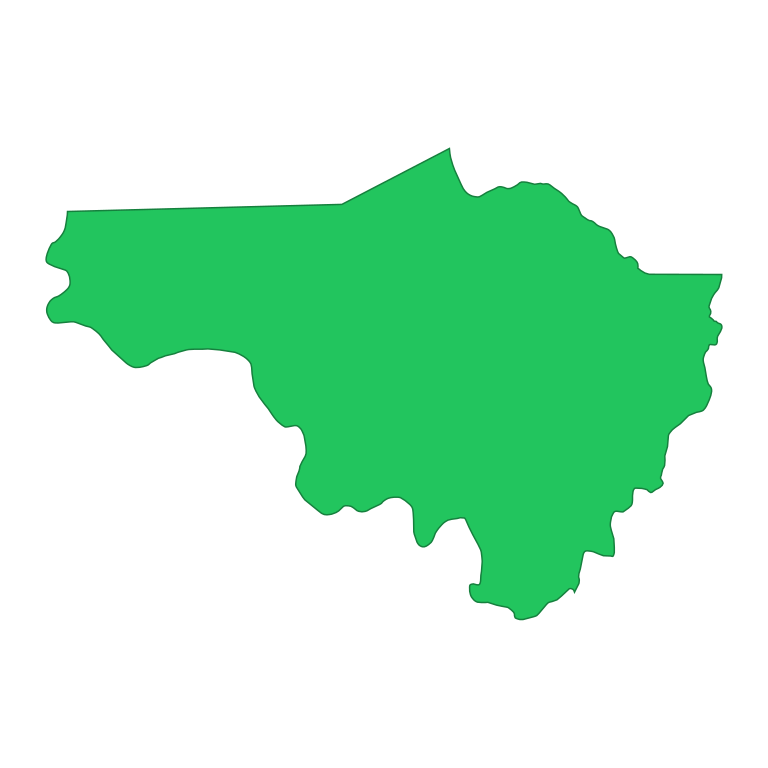 outline of Santa Rita, Yoro, Honduras
{"feature_id": "27666195B22106740094375", "entity_name": "Santa Rita", "entity_type": "district", "adm_level": 2, "iso_a3": "HND", "parent_name": "Honduras", "parent_adm1": "Yoro", "projection": "equal_earth", "projection_center": [-87.807, 15.185], "detail": "fine", "context": "isolated", "style": "filled", "palette": "green", "viewbox_px": 768, "rotation_deg": 0, "n_neighbors": 0, "source": "geoboundaries", "source_scale": "gbopen_adm2", "svg_char_len": 6068}
<svg xmlns="http://www.w3.org/2000/svg" viewBox="0 0 768 768"><path d="M111.8,350.0L126.1,362.9L127.8,364.2L129.9,365.5L132.3,366.7L134.2,367.3L135.7,367.5L139.5,367.3L143.2,366.6L146.7,365.6L148.4,364.8L150.5,362.9L158.3,358.3L161.3,357.4L165.4,355.8L174.7,353.6L177.9,352.3L186.5,349.9L188.8,349.5L194.3,349.2L202.1,349.2L207.9,348.9L219.7,349.9L235.0,352.3L239.2,354.0L243.7,356.5L246.3,358.4L248.6,360.6L250.0,362.3L251.0,364.1L251.7,367.6L252.1,373.7L254.0,386.2L254.5,387.8L256.0,391.2L259.2,396.9L264.7,404.3L268.3,408.7L271.8,414.0L273.9,417.0L276.2,419.9L277.8,421.6L282.0,425.1L284.8,426.8L285.7,427.0L287.9,426.8L294.3,425.6L296.3,425.6L297.6,426.0L299.2,427.2L301.0,429.1L301.9,430.6L303.2,433.5L303.9,435.1L304.2,436.3L305.9,446.0L306.2,450.2L306.1,453.5L305.2,456.3L302.0,461.9L299.9,466.4L299.7,468.3L299.0,471.1L297.2,475.5L296.7,476.9L296.0,481.1L295.7,484.2L295.9,485.8L296.5,487.2L302.6,496.9L304.8,499.8L317.2,509.9L321.4,513.2L322.8,513.9L324.2,514.5L326.9,514.8L329.6,514.5L331.8,514.1L336.1,512.5L338.7,510.9L343.2,506.6L344.2,506.0L345.5,505.7L348.3,505.8L351.0,506.3L353.5,507.8L357.0,510.6L358.7,511.3L361.9,511.8L365.1,511.4L367.0,510.8L370.8,508.6L379.8,504.4L381.5,503.3L382.7,501.8L384.3,500.5L386.3,499.2L388.2,498.3L390.8,497.6L394.2,497.2L398.2,497.2L400.4,497.6L405.1,500.5L410.0,504.6L411.2,506.0L412.2,507.5L412.8,509.4L413.2,512.9L413.6,519.6L413.8,531.8L414.3,534.2L417.0,542.1L417.7,543.3L418.7,544.7L419.8,545.6L421.2,546.4L422.6,546.8L424.3,546.8L426.3,546.1L428.6,544.6L431.1,542.4L432.3,540.6L433.8,537.3L435.3,533.2L437.0,530.5L438.7,528.2L441.7,524.8L443.5,523.0L445.4,521.6L448.0,520.1L451.8,519.2L457.1,518.5L460.3,517.7L464.5,518.0L465.1,518.6L465.8,519.8L469.0,527.1L472.9,534.9L478.0,544.3L480.7,549.9L481.3,552.1L481.9,557.0L482.2,560.9L482.2,562.0L481.5,571.3L480.9,575.3L480.6,581.0L480.3,582.5L480.0,583.5L479.6,584.2L479.1,584.6L478.6,584.9L476.9,584.8L473.3,583.9L471.2,584.3L470.4,584.7L470.0,585.1L469.7,585.9L469.6,587.3L469.7,591.3L470.5,594.8L471.3,596.7L472.6,598.5L474.3,600.4L475.8,601.4L477.3,602.1L481.3,602.5L485.5,602.5L487.8,602.3L496.5,605.1L502.1,606.3L507.1,607.2L508.3,607.6L511.5,610.1L513.7,612.3L514.4,613.9L514.5,615.7L514.8,616.9L515.4,618.0L517.2,618.8L519.8,619.5L523.1,619.5L533.7,616.7L535.8,616.0L536.8,615.5L539.0,613.3L546.5,604.4L548.0,602.9L549.3,602.2L552.2,601.5L557.0,599.8L561.5,596.0L569.2,588.8L569.9,588.6L571.1,588.6L572.9,589.3L573.8,590.3L574.5,592.2L578.7,583.9L579.0,583.1L579.3,580.2L579.2,579.2L578.6,577.0L578.9,573.7L580.3,569.0L583.2,554.4L583.9,552.6L584.9,551.4L585.8,551.0L587.1,550.8L590.9,551.2L593.3,551.7L598.8,554.0L603.4,555.7L610.7,556.0L612.4,556.4L613.0,556.2L613.7,554.9L614.3,552.6L614.3,547.4L613.8,538.7L611.3,530.3L610.5,527.0L610.3,525.5L610.3,523.9L610.5,522.0L611.5,516.8L613.2,513.3L614.1,512.0L614.7,511.6L615.6,511.3L616.7,511.2L620.7,511.8L622.6,511.9L623.2,511.8L628.3,508.2L631.1,505.7L631.9,504.2L632.3,502.4L632.5,500.0L632.5,495.7L633.0,491.6L633.4,490.2L634.4,488.5L635.1,488.2L636.0,488.1L641.8,488.4L644.7,489.0L647.1,489.7L648.7,491.3L650.6,492.5L651.9,492.3L655.7,489.5L658.3,488.3L660.0,487.3L662.2,485.3L663.1,483.2L662.5,481.6L660.6,478.6L660.6,476.8L661.3,475.3L661.7,473.0L662.7,469.1L663.9,467.2L664.6,465.4L665.0,460.1L664.8,455.9L667.5,446.5L668.4,435.6L668.8,434.3L670.1,432.4L672.4,429.7L675.2,427.4L680.4,423.7L688.6,415.5L696.5,412.3L699.6,411.7L701.6,411.1L702.7,410.6L703.5,410.0L705.3,407.9L706.7,405.5L709.2,399.9L710.8,395.4L711.6,391.5L711.6,390.2L711.5,389.1L711.1,387.8L710.4,386.6L708.3,384.1L707.2,380.8L706.3,376.3L704.9,367.8L703.5,362.5L703.2,360.5L703.2,358.8L703.6,357.0L704.6,354.0L705.6,352.0L707.2,350.4L708.3,348.8L708.5,348.1L708.7,346.3L709.4,344.7L710.3,344.5L714.8,344.9L715.8,344.6L716.6,343.9L717.0,342.8L717.3,341.5L717.2,338.0L717.7,336.1L720.5,331.4L721.8,328.2L721.9,327.0L721.8,326.0L721.5,325.1L720.9,324.3L720.1,323.8L718.1,323.1L716.8,322.1L716.2,321.4L714.2,321.2L713.3,320.0L711.2,318.1L709.4,317.0L709.4,316.5L709.5,315.6L710.6,313.6L710.8,311.4L710.3,309.6L709.6,308.6L709.0,307.1L709.1,305.9L711.6,298.4L713.6,294.8L715.0,292.8L717.5,289.9L718.8,287.8L721.6,277.8L721.7,274.5L649.2,274.3L644.9,273.0L640.6,270.4L639.5,269.4L637.8,268.3L638.0,266.7L637.9,265.0L637.7,263.6L637.2,262.5L636.7,261.6L635.2,259.9L632.7,257.8L631.2,256.9L629.9,256.7L625.8,257.9L624.4,258.2L623.2,257.4L618.5,253.4L617.6,251.5L616.5,248.1L615.4,243.9L614.6,239.4L614.1,237.6L612.2,233.9L610.7,231.7L609.8,230.8L608.6,229.8L607.5,229.2L599.7,226.5L598.0,225.7L596.4,224.6L594.6,222.9L592.9,221.6L591.5,220.9L589.2,220.5L587.4,219.6L582.3,216.1L581.6,215.4L580.8,214.2L578.6,208.9L577.8,207.3L577.1,206.5L575.7,205.4L572.4,203.7L569.4,201.8L568.5,201.0L566.9,198.9L565.3,197.0L561.6,193.4L559.0,191.4L554.4,188.4L550.0,185.0L548.2,184.0L546.2,183.8L543.0,184.1L540.5,183.4L534.7,184.3L527.0,182.3L524.0,182.0L521.7,182.0L519.9,182.7L517.4,184.8L514.4,186.6L511.7,187.9L510.3,188.4L508.7,188.6L507.3,188.6L506.4,188.4L504.2,187.5L501.8,186.9L499.9,186.7L498.1,187.0L494.6,188.9L486.8,192.4L482.3,195.2L479.3,196.8L477.5,197.0L474.5,196.6L472.5,196.2L470.3,195.3L468.5,194.3L466.7,192.9L465.0,191.1L463.2,188.6L461.1,184.4L454.6,170.0L452.7,164.8L450.6,157.6L449.9,153.5L449.4,148.5L341.9,204.4L67.5,211.5L67.3,215.0L66.1,223.0L65.2,228.0L64.3,230.5L63.3,232.6L62.1,234.5L60.4,236.8L58.6,239.0L55.7,241.7L54.6,242.4L52.6,243.0L51.9,243.6L51.2,244.6L49.2,248.5L47.3,253.4L46.3,257.2L46.1,259.5L46.3,261.1L46.9,262.3L47.6,263.0L49.1,264.0L54.6,266.6L64.7,269.9L65.9,270.4L66.9,271.2L68.2,273.2L69.5,276.6L70.1,280.9L70.1,283.0L70.0,284.3L69.4,286.2L68.1,288.3L66.9,289.6L64.4,291.9L60.9,294.6L58.7,296.0L57.4,296.6L54.7,297.5L53.3,298.3L51.5,299.7L50.1,301.1L49.0,302.8L48.0,304.6L47.3,306.4L46.9,307.9L46.7,309.3L46.7,310.8L46.9,312.6L47.4,314.2L48.8,317.4L50.7,320.3L52.0,321.7L53.9,322.7L55.3,322.9L58.1,323.0L70.7,321.8L73.8,321.8L76.0,322.4L85.7,326.0L89.5,326.9L91.2,327.6L95.7,330.9L98.9,333.7L100.9,336.0L103.3,339.5L109.0,346.4L111.8,350.0Z" fill="#22c55e" stroke="#15803d" stroke-width="1.5"/></svg>